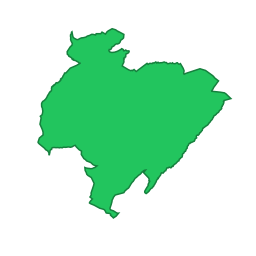 General Felipe Ángeles, Puebla, Mexico, rotated 197°
{"feature_id": "50627088B91535396916577", "entity_name": "General Felipe Ángeles", "entity_type": "district", "adm_level": 2, "iso_a3": "MEX", "parent_name": "Mexico", "parent_adm1": "Puebla", "projection": "albers", "projection_center": [-97.667, 19.028], "detail": "fine", "context": "isolated", "style": "filled", "palette": "green", "viewbox_px": 256, "rotation_deg": 197, "n_neighbors": 0, "source": "geoboundaries", "source_scale": "gbopen_adm2", "svg_char_len": 5827}
<svg xmlns="http://www.w3.org/2000/svg" viewBox="0 0 256 256"><g transform="rotate(197 128 128)"><path d="M115.7,37.7L113.6,40.2L112.1,43.8L112.8,43.5L114.0,43.5L117.6,44.5L120.5,44.6L121.6,45.4L121.8,46.1L121.7,49.8L121.8,52.8L122.1,54.3L121.8,55.8L121.6,57.7L120.6,60.2L113.1,64.9L112.3,67.5L111.4,68.6L110.9,69.7L110.3,70.2L109.8,71.1L108.8,75.3L108.2,77.2L107.4,78.6L106.5,82.0L105.6,83.1L103.9,86.2L103.3,86.7L102.3,88.3L102.1,89.3L101.2,90.8L100.5,91.8L99.7,92.5L98.9,92.9L100.1,89.9L93.9,86.4L93.0,85.6L92.5,84.1L92.6,83.6L91.8,83.6L91.6,83.2L92.2,81.0L92.2,79.7L91.8,79.3L92.9,75.3L93.5,72.5L93.3,71.7L92.9,71.1L91.5,70.6L90.5,71.9L89.4,73.7L89.4,74.1L88.5,76.5L87.2,78.0L86.8,79.5L86.5,79.7L86.4,80.9L86.0,81.7L85.8,83.3L85.5,83.9L85.3,86.6L84.7,88.1L84.3,88.4L84.7,88.9L84.3,89.2L83.1,92.6L83.0,94.7L82.6,95.1L82.3,95.0L81.3,95.1L80.1,97.8L79.4,98.2L79.5,98.9L79.3,99.2L79.2,101.0L78.7,101.5L78.0,101.5L77.6,102.1L77.1,102.7L75.9,102.4L75.3,102.5L75.1,102.7L74.9,103.7L73.8,104.4L74.2,104.8L73.7,105.3L72.9,107.0L72.0,107.8L70.6,110.8L69.7,111.5L69.8,113.2L69.1,113.9L68.8,115.0L68.0,115.7L67.8,116.3L67.9,117.7L68.2,118.5L68.2,119.0L68.1,119.4L67.4,120.0L67.0,122.1L66.3,122.4L66.1,123.1L66.2,124.6L65.9,125.3L65.6,125.7L65.5,126.3L65.8,126.8L65.9,127.3L65.8,128.1L65.3,128.9L65.2,130.3L64.9,131.2L64.3,131.3L64.0,131.9L63.9,132.5L63.0,132.7L62.6,133.2L61.9,133.7L61.3,134.5L60.8,134.7L60.6,135.6L60.6,137.3L59.5,138.5L59.5,138.8L60.0,139.2L60.3,140.2L60.2,140.8L59.6,141.6L58.9,141.5L58.2,142.6L58.0,144.4L57.4,144.7L57.3,145.3L57.1,145.5L56.8,146.5L56.3,147.4L56.4,149.4L56.2,149.9L55.8,150.0L55.6,150.6L55.0,151.2L54.3,152.4L53.7,152.9L52.6,154.4L52.7,154.5L52.1,155.7L52.0,156.0L52.1,156.3L51.5,157.2L51.0,158.3L51.0,159.1L50.2,160.3L49.8,161.6L49.8,162.6L49.5,163.1L49.3,164.9L48.3,165.8L48.0,166.5L47.7,166.7L47.4,167.8L46.0,169.5L45.6,171.5L44.6,172.8L44.1,174.0L44.6,174.9L44.6,175.3L44.2,176.2L44.4,176.5L43.8,178.3L43.9,179.1L43.7,179.9L43.8,180.4L44.4,181.2L44.0,181.5L44.2,182.4L38.2,186.2L44.3,189.3L46.1,189.8L50.5,189.2L58.6,187.6L58.9,188.1L58.3,189.5L57.9,191.9L56.2,196.6L56.2,197.0L55.9,197.6L55.2,199.5L60.1,201.4L61.0,202.2L62.5,202.9L70.7,205.7L76.5,205.7L88.7,197.1L90.0,195.9L90.5,196.2L90.8,196.7L91.1,199.1L92.7,201.2L96.7,204.9L97.3,204.2L98.4,203.9L99.8,204.8L100.7,204.4L101.4,203.5L102.6,203.0L103.6,202.9L104.5,203.3L104.8,202.6L105.5,202.4L106.4,202.5L106.9,202.3L107.3,201.8L108.8,201.1L109.2,201.1L110.4,201.8L111.5,201.5L112.7,201.7L114.7,200.3L115.4,200.2L117.5,199.2L118.5,199.7L119.4,198.5L120.7,199.3L122.2,197.6L123.1,197.7L123.7,196.7L124.2,196.7L124.8,196.4L125.9,196.3L126.7,195.6L127.2,194.8L127.4,194.7L128.7,195.4L136.7,184.4L139.3,185.7L140.4,184.2L141.0,184.4L142.2,183.6L144.8,183.9L151.6,185.6L151.6,187.7L151.2,189.3L151.4,189.9L151.3,190.1L151.5,191.0L152.1,191.9L151.8,192.7L152.4,193.3L152.2,194.0L151.5,194.3L151.5,195.1L151.0,195.5L151.5,197.1L151.4,197.3L151.5,198.4L150.3,199.1L149.4,200.3L149.3,201.6L149.6,202.0L151.8,201.4L152.9,201.9L153.2,201.8L153.9,200.9L154.8,200.6L155.5,201.6L156.3,201.9L157.3,202.0L157.6,201.3L159.5,199.3L160.8,198.1L162.9,196.6L165.5,195.5L166.7,195.4L167.6,195.4L168.9,196.3L168.9,197.6L167.8,197.8L167.3,198.5L167.1,199.1L167.1,200.6L165.5,202.3L164.7,204.0L163.5,205.2L162.5,205.3L161.2,206.5L160.7,207.8L160.6,209.8L159.3,211.4L158.6,212.9L159.3,216.3L165.4,217.5L165.5,217.3L168.5,218.3L172.2,218.3L175.3,215.1L176.2,213.8L177.0,211.2L180.9,212.1L181.6,210.2L186.0,208.9L186.2,207.5L189.0,207.3L190.2,206.9L191.8,205.3L193.8,204.0L194.9,202.6L197.3,201.2L198.8,200.6L200.1,199.6L201.7,197.9L202.8,197.6L205.7,198.1L206.4,198.5L207.4,199.2L209.7,203.6L210.0,203.1L209.8,201.5L210.2,200.2L209.7,198.6L209.3,198.0L208.7,195.7L207.5,194.1L206.8,193.5L206.0,192.6L205.8,190.8L207.0,188.6L208.5,183.2L207.6,180.8L207.1,180.5L206.2,180.3L205.5,179.3L203.4,178.9L202.2,178.4L201.8,177.7L201.2,177.3L200.9,177.9L200.3,177.9L199.8,177.0L197.6,177.1L196.4,176.7L195.1,176.5L193.7,175.9L192.2,176.1L193.0,175.6L195.5,172.8L200.7,168.4L203.4,162.6L203.8,162.3L204.5,162.2L204.8,161.8L204.7,160.9L205.3,158.9L205.5,156.8L206.5,155.7L206.6,155.3L206.7,155.1L206.3,155.0L206.2,154.6L206.3,154.0L206.9,153.2L206.8,152.7L207.3,152.3L207.6,151.6L208.1,151.3L208.4,150.5L209.7,150.4L210.1,150.0L210.3,148.8L210.6,148.2L210.8,148.2L211.0,147.5L211.5,147.5L211.8,146.9L211.7,146.4L211.9,146.2L212.2,146.2L212.4,145.9L212.3,145.6L212.9,145.1L213.0,144.8L212.8,144.4L212.7,143.1L212.3,142.4L212.2,141.1L213.1,140.1L213.0,139.6L213.4,139.2L213.6,138.7L213.6,138.1L214.4,135.4L214.5,134.1L214.7,133.5L214.9,132.3L215.6,130.8L216.5,129.3L217.1,128.8L217.6,127.6L217.8,126.2L217.4,124.8L216.8,123.2L215.6,121.8L214.9,120.1L214.6,119.8L214.2,118.2L214.0,115.6L215.3,113.6L214.4,112.8L214.0,112.1L213.3,105.9L209.5,101.5L208.0,99.2L207.4,97.2L207.1,96.7L209.8,92.5L209.9,88.2L209.6,87.7L208.3,86.9L201.8,84.2L200.5,83.2L198.2,82.7L196.6,81.4L196.0,80.3L196.0,79.8L195.2,78.9L195.4,79.5L195.6,82.1L195.9,83.4L195.7,84.7L194.8,85.1L195.0,86.4L194.5,87.1L192.9,87.8L191.2,88.1L189.4,88.8L187.7,89.0L187.1,89.5L185.0,89.9L184.4,90.6L183.5,91.0L182.2,91.2L180.6,91.9L179.9,92.4L177.3,92.8L175.9,93.7L174.7,95.1L173.4,96.0L171.9,94.8L168.3,92.9L165.7,92.3L164.9,89.0L161.2,85.8L159.6,85.4L157.9,84.4L153.5,84.1L150.7,82.7L149.0,82.4L146.6,82.7L148.0,80.6L149.1,79.9L150.5,78.6L151.4,78.4L152.0,78.1L152.7,78.1L154.6,77.7L156.4,77.5L157.7,77.6L156.5,74.8L154.9,73.2L153.9,71.7L152.4,70.9L148.6,69.9L144.2,65.1L144.1,62.5L144.3,54.9L143.9,54.3L143.7,53.6L143.8,52.2L144.2,50.9L141.3,49.7L142.4,47.4L143.1,45.3L143.5,45.3L141.9,44.7L138.0,44.3L131.4,43.0L128.0,43.1L126.6,42.9L124.9,41.4L124.2,40.5L123.6,40.4L120.7,40.9L119.9,40.7L119.4,40.5L119.2,40.1L119.3,39.6L117.7,38.7L116.9,38.5L115.7,37.7Z" fill="#22c55e" stroke="#15803d" stroke-width="1.5"/></g></svg>